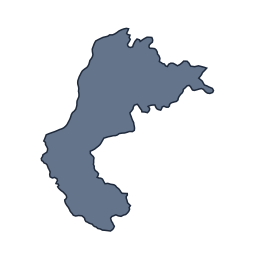 outline of Tumiritinga, Minas Gerais, Brazil, rotated 260°
{"feature_id": "56859067B90264149101668", "entity_name": "Tumiritinga", "entity_type": "district", "adm_level": 2, "iso_a3": "BRA", "parent_name": "Brazil", "parent_adm1": "Minas Gerais", "projection": "equal_earth", "projection_center": [-41.714, -19.039], "detail": "fine", "context": "isolated", "style": "filled", "palette": "slate", "viewbox_px": 256, "rotation_deg": 260, "n_neighbors": 0, "source": "geoboundaries", "source_scale": "gbopen_adm2", "svg_char_len": 4307}
<svg xmlns="http://www.w3.org/2000/svg" viewBox="0 0 256 256"><g transform="rotate(260 128 128)"><path d="M29.6,92.9L30.7,95.2L32.0,96.5L33.6,97.5L35.3,96.8L37.4,96.3L38.8,95.6L40.7,95.3L42.3,95.2L43.7,96.8L44.1,98.9L44.6,101.0L43.2,103.1L42.2,105.8L43.0,108.4L43.2,110.7L44.5,112.8L46.0,114.4L47.8,115.5L49.5,115.3L51.1,116.9L53.1,115.5L54.4,114.6L57.3,114.4L59.0,114.1L60.7,114.3L62.1,115.7L63.6,115.9L64.2,113.2L64.7,110.9L66.4,109.8L67.8,109.3L69.7,108.3L71.7,106.5L73.4,105.6L74.6,104.2L75.7,101.0L77.0,98.5L77.1,95.7L79.1,94.9L80.9,94.4L82.2,93.9L83.3,92.5L83.8,90.6L84.8,89.0L86.3,90.2L88.1,91.0L90.0,90.0L92.0,88.2L94.4,87.7L96.3,88.1L98.2,87.6L99.9,88.2L102.4,88.6L104.4,89.3L106.0,88.8L107.3,87.8L109.3,86.5L111.7,86.8L112.3,89.3L113.2,91.8L114.1,93.4L115.3,95.7L116.5,97.5L117.7,98.7L119.4,100.1L120.7,101.2L122.2,102.4L122.5,104.9L122.8,107.0L122.8,109.3L123.0,112.1L122.7,114.4L123.0,116.3L124.0,118.3L124.0,121.1L123.7,123.8L123.9,126.1L124.3,128.6L123.7,131.9L124.6,133.8L126.6,134.4L128.2,134.5L130.4,134.4L132.4,134.5L134.7,133.8L136.6,133.4L138.7,133.1L141.0,132.6L142.6,132.5L144.2,134.5L146.0,136.3L147.6,136.8L149.4,138.2L149.8,141.2L148.4,142.1L146.6,142.8L144.9,143.6L143.1,144.5L141.5,144.5L140.8,147.3L139.7,149.8L140.9,151.4L142.2,152.4L143.6,152.7L145.8,151.5L146.4,154.3L146.3,156.4L146.0,158.5L144.0,158.9L142.1,159.6L140.9,161.0L139.9,163.3L141.3,164.5L142.8,165.3L143.2,167.2L141.9,169.2L141.5,171.2L142.5,172.6L144.0,173.0L145.3,175.0L145.6,177.7L145.8,180.4L147.0,182.1L148.5,182.6L150.1,183.7L151.9,185.5L153.2,187.5L154.6,188.6L156.4,189.2L157.6,191.2L159.3,193.6L159.3,195.7L157.7,196.8L155.7,197.5L154.2,198.1L153.5,199.8L153.7,202.4L154.0,204.8L154.1,207.2L152.9,209.0L151.6,209.7L150.2,210.6L148.6,212.2L147.8,214.6L148.3,217.5L150.0,218.7L152.3,218.0L153.5,216.2L154.5,214.6L155.8,213.0L157.1,210.7L159.3,209.9L161.2,209.3L163.2,207.7L164.8,206.3L166.3,208.1L167.8,209.7L169.6,210.9L171.5,213.6L173.3,215.9L174.5,213.7L175.9,210.7L177.0,208.2L176.9,206.2L176.8,204.3L178.0,200.5L179.6,199.8L181.3,199.3L183.5,197.8L184.2,194.5L182.7,192.3L181.5,190.1L180.7,187.5L182.5,185.5L183.9,183.7L184.4,181.4L183.7,179.1L181.7,177.5L182.7,175.7L184.7,175.0L185.4,173.2L186.5,172.2L188.0,170.4L189.5,171.0L191.0,171.5L192.4,171.3L194.1,170.9L195.6,169.9L197.7,170.0L200.0,169.3L201.5,168.1L202.2,166.0L202.7,163.5L204.2,162.7L206.0,163.3L207.3,165.0L208.3,166.9L210.2,167.6L211.6,167.5L213.0,167.2L213.6,165.1L214.1,162.4L213.1,159.4L212.1,157.1L211.1,155.0L212.8,154.7L214.1,152.3L212.2,150.0L210.5,148.7L208.8,147.5L207.1,146.7L206.9,144.2L207.8,142.7L209.2,142.0L210.7,142.1L212.0,143.3L213.4,144.6L215.0,145.6L216.8,144.8L219.1,146.1L220.2,143.8L221.5,143.1L222.9,144.0L224.1,144.9L225.6,145.8L226.4,143.7L226.3,141.2L225.9,138.7L225.1,135.9L223.9,133.6L222.9,131.2L222.4,128.9L222.9,126.1L221.9,124.0L221.7,121.3L221.6,119.2L221.1,117.2L220.2,114.0L219.3,111.3L217.4,109.8L216.2,109.0L214.8,108.2L213.3,107.3L211.9,106.5L209.5,106.2L206.3,106.2L204.5,105.4L203.0,104.2L201.1,102.2L198.9,101.2L197.3,100.4L195.7,99.1L194.7,97.9L193.9,96.1L193.0,94.4L192.1,92.9L190.5,91.5L188.7,90.2L187.0,88.9L185.2,87.9L183.2,86.8L181.2,86.3L179.6,86.2L177.7,86.4L175.8,86.4L174.4,86.1L172.7,85.6L171.2,85.7L169.1,85.5L167.2,85.0L165.3,83.7L163.4,82.5L161.4,82.0L159.6,81.7L157.6,80.9L155.5,79.8L153.8,77.8L152.8,76.0L151.1,74.6L149.3,73.7L147.6,72.8L145.6,71.4L143.3,69.6L142.1,68.7L140.6,66.9L139.3,64.7L138.6,62.3L138.4,60.5L137.8,58.1L137.2,55.5L136.9,53.6L136.6,51.8L136.2,49.5L135.5,46.3L133.1,44.9L131.3,43.8L129.8,42.8L128.2,44.2L126.1,43.9L123.9,44.7L121.9,45.3L120.1,44.9L118.2,43.8L117.3,41.6L116.4,39.6L114.6,38.8L113.0,37.3L111.0,37.3L109.8,38.6L108.2,39.2L107.1,41.0L105.8,41.9L104.2,42.2L102.4,42.5L100.7,43.1L98.2,43.7L95.8,42.8L93.5,42.8L91.9,44.8L92.1,47.1L90.4,49.2L88.4,49.4L87.2,48.3L85.8,47.4L84.9,49.5L83.5,49.9L82.4,48.5L80.6,49.3L78.8,50.6L77.6,51.6L76.5,52.8L74.6,54.1L72.3,55.5L70.4,55.6L69.1,54.8L68.2,53.2L66.7,53.1L64.7,53.4L62.4,54.3L60.1,55.5L58.0,56.2L56.2,56.6L54.8,57.3L53.4,58.2L51.6,59.0L50.4,61.2L50.4,64.1L49.6,67.3L47.9,68.8L46.6,69.6L45.1,69.6L43.2,70.3L42.2,71.9L41.0,73.2L40.2,74.7L39.4,76.2L38.0,76.8L36.8,77.9L36.0,79.5L34.3,80.8L33.3,83.3L31.9,85.0L31.4,87.0L30.5,90.0L29.6,92.9Z" fill="#64748b" stroke="#1e293b" stroke-width="1.5"/></g></svg>